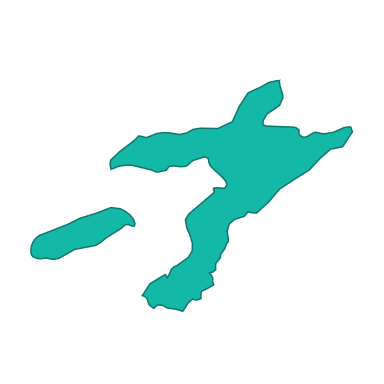 an SVG outline of Ouest, rotated 314°
{"feature_id": "HTI-1388", "entity_name": "Ouest", "entity_type": "Department", "adm_level": 1, "iso_a3": "HTI", "parent_name": "Haiti", "parent_adm1": "", "projection": "robinson", "projection_center": [-72.52, 18.618], "detail": "fine", "context": "isolated", "style": "filled", "palette": "teal", "viewbox_px": 384, "rotation_deg": 314, "n_neighbors": 0, "source": "natural_earth", "source_scale": "10m", "svg_char_len": 2443}
<svg xmlns="http://www.w3.org/2000/svg" viewBox="0 0 384 384"><g transform="rotate(314 192 192)"><path d="M332.7,177.7L332.2,178.1L329.5,181.4L325.4,189.0L322.8,192.0L315.2,194.8L300.3,191.8L293.0,193.5L289.6,196.3L291.4,200.1L309.3,220.1L310.5,222.2L311.0,225.6L310.0,226.9L308.5,227.8L307.7,230.3L308.9,234.5L311.9,236.3L319.6,238.4L321.3,240.0L324.3,244.9L325.9,246.9L333.3,252.3L344.0,256.7L346.8,258.8L348.6,260.5L349.0,261.2L346.7,265.6L329.2,268.9L319.0,261.9L305.7,260.8L289.1,261.0L272.0,256.8L254.8,252.9L238.0,254.1L221.6,253.0L218.9,249.7L216.5,246.1L210.8,246.5L207.0,244.4L201.8,241.6L194.7,241.1L188.2,244.5L183.3,250.9L181.3,252.6L178.9,252.7L174.1,254.9L169.5,255.6L166.9,255.9L164.6,258.0L160.9,258.5L157.0,258.7L154.7,260.9L152.5,263.1L149.1,262.6L146.0,260.7L145.5,264.0L144.4,266.8L142.0,268.9L140.4,272.1L133.9,270.3L127.2,267.8L123.9,270.0L121.6,272.6L117.4,270.3L115.1,266.7L112.2,266.5L109.1,266.3L103.9,267.5L99.7,268.2L97.3,263.2L94.5,259.0L91.4,254.8L89.9,249.3L86.5,245.5L81.6,245.3L81.1,239.2L84.2,233.5L84.1,230.7L83.0,228.2L96.9,225.5L114.0,230.0L113.0,233.7L116.7,232.9L122.0,230.9L125.5,230.9L128.4,232.2L142.4,234.8L150.0,232.9L155.4,227.9L159.4,220.9L162.7,213.0L167.5,206.5L173.7,205.0L206.7,208.2L207.9,207.7L208.4,206.6L208.7,205.5L209.4,205.1L210.6,205.3L211.2,205.9L211.6,206.5L212.2,206.8L216.3,211.8L218.2,213.0L221.7,211.9L223.3,208.1L223.7,202.8L223.4,189.0L223.7,186.5L225.1,183.4L226.6,181.6L227.4,179.9L226.3,177.1L224.5,175.8L215.5,170.9L213.1,170.5L208.3,170.3L205.9,169.5L201.9,165.8L198.4,161.1L194.6,157.8L189.8,158.4L183.0,153.9L181.3,151.9L179.7,147.5L169.6,130.4L166.8,127.2L162.8,123.7L158.7,120.8L155.3,119.6L152.1,117.9L154.9,114.0L158.2,111.4L170.8,111.9L185.7,114.2L190.3,114.8L195.2,114.6L197.4,117.8L199.3,121.3L204.3,123.7L209.5,126.0L214.8,130.2L219.4,135.4L224.6,143.0L231.1,147.4L237.8,149.3L243.7,153.7L255.6,166.5L270.6,172.2L286.3,166.6L302.2,163.5L308.9,166.0L315.5,168.7L323.8,171.0L331.3,175.9L332.6,177.7L332.7,177.7ZM43.0,132.8L39.4,130.0L38.3,129.0L36.9,127.0L35.6,124.6L35.0,122.1L35.6,119.6L38.1,116.6L41.5,114.1L45.6,112.4L49.8,111.7L54.5,112.3L81.9,124.9L95.4,129.7L110.4,138.0L124.5,144.5L130.2,152.2L131.7,157.1L132.4,163.0L131.8,168.7L129.5,173.2L127.4,174.2L126.0,172.8L124.3,168.7L122.6,167.1L121.1,166.6L116.6,166.3L99.0,162.0L93.0,161.5L86.7,159.8L69.3,147.5L51.7,142.3L47.0,138.9L43.0,132.8Z" fill="#14b8a6" stroke="#0f766e" stroke-width="1.5"/></g></svg>